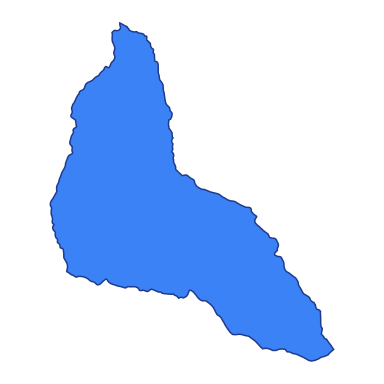 Sandoná, Nariño, Colombia
{"feature_id": "7082276B52993229250097", "entity_name": "Sandoná", "entity_type": "district", "adm_level": 2, "iso_a3": "COL", "parent_name": "Colombia", "parent_adm1": "Nariño", "projection": "natural_earth1", "projection_center": [-77.461, 1.298], "detail": "fine", "context": "isolated", "style": "filled", "palette": "blue", "viewbox_px": 384, "rotation_deg": 0, "n_neighbors": 0, "source": "geoboundaries", "source_scale": "gbopen_adm2", "svg_char_len": 5891}
<svg xmlns="http://www.w3.org/2000/svg" viewBox="0 0 384 384"><path d="M66.7,271.6L69.2,273.0L70.9,274.5L72.6,275.1L76.1,277.1L76.7,277.1L78.1,276.4L80.7,276.4L82.9,276.7L86.2,277.8L87.7,278.7L89.8,280.5L91.1,281.3L93.8,282.0L94.6,282.4L96.6,284.4L97.2,284.8L98.8,284.7L100.5,283.8L102.9,281.4L104.7,279.9L105.8,279.2L106.5,279.1L107.0,279.4L107.9,281.1L109.1,282.5L110.9,283.6L112.8,284.4L115.2,285.0L116.9,285.8L122.0,286.9L124.5,287.8L125.3,287.9L126.5,287.6L127.4,286.7L127.9,286.6L130.2,286.8L135.2,286.7L137.8,287.8L139.6,290.3L140.0,290.5L141.1,290.6L143.2,290.2L144.1,290.4L146.3,291.3L147.6,291.5L149.4,290.5L149.9,290.0L150.7,289.4L151.4,289.3L152.6,289.5L158.0,291.8L158.7,292.1L160.1,291.9L160.7,292.1L161.9,293.1L163.7,293.6L171.5,294.3L173.5,294.0L174.1,294.9L176.8,296.1L178.7,298.2L180.1,297.5L181.6,297.3L183.5,297.9L185.7,296.8L186.4,296.3L187.7,294.6L189.2,290.6L189.7,290.2L190.5,290.3L191.4,290.6L193.8,292.4L196.1,295.2L197.6,297.3L199.5,299.3L201.9,300.7L203.0,300.8L205.1,300.7L205.8,300.8L209.2,303.3L211.9,305.7L213.7,308.1L215.3,311.4L217.0,314.5L217.5,315.0L219.4,316.0L221.0,317.7L223.0,321.2L224.2,322.9L224.6,324.1L227.3,328.4L230.2,332.4L232.5,334.4L235.5,334.7L238.5,334.3L241.2,334.4L244.9,335.5L248.7,336.2L255.3,341.1L260.9,347.2L262.8,348.8L265.6,348.3L267.9,348.5L270.6,349.4L272.4,350.4L275.7,350.5L279.7,349.1L282.7,349.0L285.2,349.4L287.1,351.8L289.8,352.0L292.8,353.5L295.3,353.9L297.9,354.8L303.6,357.5L309.0,360.5L311.6,361.0L315.1,360.3L318.9,358.7L321.0,357.3L324.6,356.3L328.0,354.9L330.1,352.5L333.7,349.4L332.6,348.0L331.1,345.6L328.2,341.8L326.8,339.6L326.2,339.0L325.3,338.9L324.7,338.6L323.6,336.6L321.4,334.2L321.5,332.5L322.2,329.8L322.3,328.7L322.2,328.2L321.5,327.5L321.1,326.8L320.7,323.8L320.6,315.8L320.4,313.4L320.5,311.2L318.8,309.8L317.4,309.5L316.4,308.8L315.7,306.8L315.3,304.6L314.8,304.1L313.9,302.5L312.5,301.9L311.0,300.8L310.5,300.1L310.1,298.8L309.4,297.5L307.9,296.3L304.0,294.0L302.9,292.8L300.3,287.9L299.1,286.3L298.4,284.4L298.2,282.6L297.8,281.4L296.1,278.6L294.9,277.4L293.6,276.6L289.2,273.1L286.8,271.8L285.8,270.8L285.0,269.8L284.1,266.9L283.8,262.9L283.3,261.4L281.4,257.6L281.0,257.2L280.2,256.7L277.5,256.4L276.6,256.0L275.2,255.3L274.7,254.9L274.5,254.1L275.0,252.8L275.2,252.3L276.5,251.5L277.3,250.3L277.4,249.6L277.3,248.8L277.5,247.8L278.2,246.6L278.4,245.7L278.3,244.1L276.4,239.9L275.6,238.9L274.7,238.4L270.8,237.9L269.6,237.3L269.2,236.8L268.6,235.1L267.9,233.9L265.3,232.1L262.4,229.7L262.0,229.1L260.7,228.2L259.4,226.7L257.6,225.4L255.7,223.4L254.9,222.1L254.8,220.7L255.0,219.7L255.4,218.9L256.6,216.9L256.6,216.3L253.5,214.1L251.6,211.7L251.2,211.0L251.3,209.4L250.7,208.3L249.6,207.5L246.3,207.3L244.9,206.9L239.9,204.6L235.0,201.6L233.0,201.1L230.6,200.9L227.5,199.8L224.7,198.0L222.8,197.1L219.1,194.3L217.5,193.7L210.9,192.1L204.5,189.5L201.6,189.2L200.7,188.8L197.1,186.7L196.2,185.5L194.8,183.4L194.4,181.1L193.6,179.8L192.6,179.1L190.5,178.1L187.0,175.2L185.7,175.0L182.0,175.6L180.6,174.0L179.4,173.1L178.1,171.9L177.3,170.9L175.9,169.7L175.6,169.1L175.7,167.0L175.0,165.0L173.8,162.8L173.6,161.8L173.6,159.9L173.1,158.4L173.3,157.0L173.7,156.0L173.7,155.1L173.3,153.4L172.0,152.1L171.9,151.8L172.0,151.1L172.8,149.3L172.4,146.4L172.7,145.3L172.9,143.9L171.9,142.4L171.7,141.5L172.0,139.4L172.6,138.7L173.0,137.7L172.3,137.1L172.2,136.3L172.1,133.5L172.0,132.6L170.9,131.1L170.3,129.8L168.8,128.2L168.9,126.5L168.4,124.1L168.7,121.9L168.7,120.1L170.4,119.3L170.9,118.5L171.8,116.4L172.1,113.8L171.7,112.6L170.3,110.9L169.9,110.0L169.7,108.3L169.3,107.4L166.8,104.9L165.7,103.0L164.8,98.2L164.0,92.4L163.4,90.7L163.0,84.9L162.2,83.1L159.9,80.0L159.5,78.8L159.1,75.8L158.2,72.5L158.3,69.4L158.1,64.1L157.6,62.7L156.8,61.7L155.3,61.4L154.9,60.8L154.7,60.4L154.4,54.5L154.1,53.8L153.1,52.6L153.5,50.5L153.4,49.5L152.9,48.8L151.8,48.2L151.2,47.5L150.5,45.5L150.4,43.6L150.2,43.2L150.0,42.9L149.0,42.5L148.7,41.4L148.4,41.2L147.8,41.2L146.9,40.2L146.7,39.8L146.7,38.6L146.8,36.4L146.2,36.1L144.9,36.1L143.6,34.2L142.7,33.8L141.4,33.4L138.5,33.0L136.7,31.7L134.0,32.0L133.1,31.7L131.4,31.4L129.2,30.1L128.4,28.3L127.6,28.1L127.3,27.8L127.2,27.0L127.0,26.6L125.4,26.0L120.6,23.3L119.8,23.0L119.8,24.7L120.5,27.2L120.4,28.1L119.9,29.2L118.8,30.2L117.9,30.6L116.4,30.6L114.7,30.3L113.3,31.2L112.4,32.1L112.0,32.7L112.0,33.2L112.4,34.5L112.1,38.1L112.3,41.1L112.6,42.1L114.3,45.9L114.8,47.8L114.7,49.3L113.9,51.9L113.8,52.9L113.9,53.9L115.0,56.8L114.5,58.5L113.7,60.3L111.4,62.7L109.8,66.3L109.1,67.4L108.3,67.7L107.7,67.5L106.5,66.6L105.6,66.6L105.0,67.2L104.4,68.0L103.9,69.7L100.7,72.6L100.0,73.4L99.2,74.8L98.3,75.7L95.3,77.4L92.2,80.5L89.0,82.0L87.8,82.4L86.1,83.8L85.2,85.4L84.5,87.8L83.4,89.4L82.4,90.2L80.8,90.7L79.7,91.7L79.3,92.2L79.1,93.8L78.3,94.5L76.6,97.3L74.3,102.4L72.9,104.3L72.6,105.1L71.7,107.6L71.6,108.4L71.7,109.7L72.2,110.8L72.2,112.3L71.9,113.3L71.0,115.0L70.9,116.3L71.5,117.2L75.4,120.0L75.8,121.8L76.2,125.6L76.6,126.5L76.5,126.9L73.7,128.8L73.1,129.8L73.1,130.5L73.4,131.7L73.4,132.5L72.8,133.9L71.4,136.1L69.9,141.6L69.8,142.6L69.9,143.9L72.3,147.0L71.9,150.7L72.5,152.1L72.5,153.1L71.9,153.8L68.9,155.5L68.3,156.3L67.7,157.5L65.6,163.3L65.3,165.9L65.0,166.8L63.5,169.8L61.7,172.9L60.6,176.4L59.6,178.5L58.4,183.0L57.4,184.8L56.8,186.4L56.6,187.2L56.6,189.8L56.9,191.4L53.1,198.2L51.0,201.3L50.5,202.9L50.3,204.2L50.4,205.3L50.7,206.3L51.4,207.3L51.6,207.9L51.2,211.2L51.2,213.8L51.4,215.0L52.2,216.8L52.4,218.2L52.5,219.2L52.2,221.8L52.2,222.4L52.6,223.3L53.0,223.7L53.7,224.0L54.0,224.5L54.0,224.8L53.0,226.1L52.7,227.1L52.8,228.7L53.5,230.3L54.9,231.6L55.4,232.6L55.2,234.6L55.3,236.0L56.1,238.0L56.9,238.5L57.4,239.4L57.5,240.5L57.4,242.3L57.5,242.6L59.4,244.1L59.9,244.7L60.0,246.9L60.4,247.8L61.5,248.3L62.6,248.5L63.1,249.3L63.7,252.3L63.9,257.9L66.8,263.0L67.5,265.4L67.5,267.8L67.1,269.2L66.7,271.6Z" fill="#3b82f6" stroke="#1e3a8a" stroke-width="1.5"/></svg>